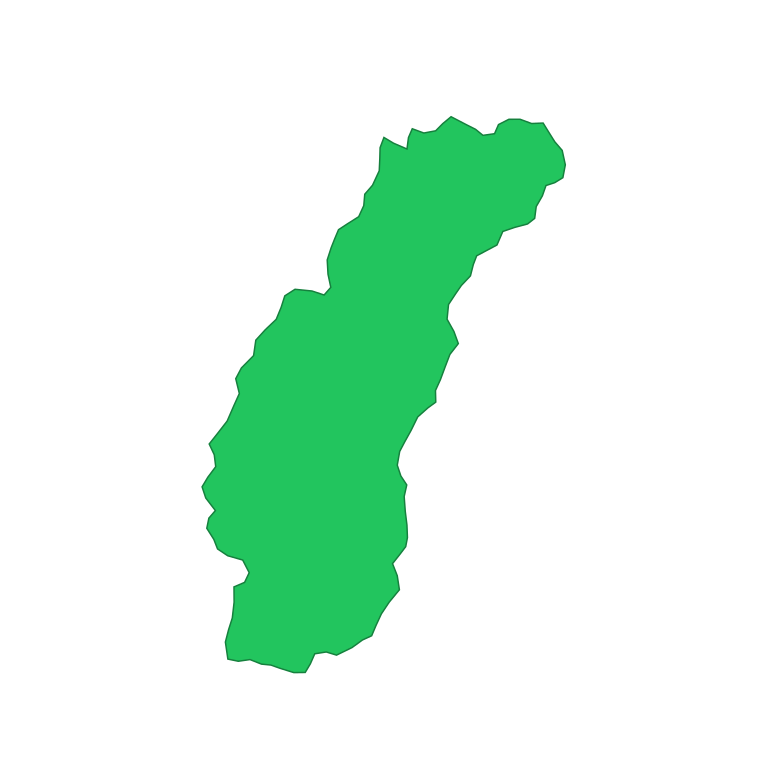 outline of Aracitaba, Minas Gerais, Brazil, rotated 152°
{"feature_id": "56859067B92579903887823", "entity_name": "Aracitaba", "entity_type": "district", "adm_level": 2, "iso_a3": "BRA", "parent_name": "Brazil", "parent_adm1": "Minas Gerais", "projection": "orthographic", "projection_center": [-43.409, -21.349], "detail": "fine", "context": "isolated", "style": "filled", "palette": "green", "viewbox_px": 768, "rotation_deg": 152, "n_neighbors": 0, "source": "geoboundaries", "source_scale": "gbopen_adm2", "svg_char_len": 1755}
<svg xmlns="http://www.w3.org/2000/svg" viewBox="0 0 768 768"><g transform="rotate(152 384 384)"><path d="M651.0,214.4L642.8,207.6L631.7,203.6L623.7,194.2L615.9,189.0L608.8,181.3L599.1,171.5L589.0,166.3L580.4,171.5L571.8,178.3L560.8,174.5L553.2,166.9L536.0,166.3L523.1,168.1L513.1,167.5L504.5,174.5L494.2,182.3L481.9,188.9L467.0,195.1L462.3,208.5L460.8,221.4L449.8,226.2L441.2,230.2L435.4,237.4L430.0,248.6L425.0,261.6L419.0,275.2L411.3,284.2L412.3,294.9L410.4,306.1L401.8,317.1L392.7,323.3L381.9,330.3L369.7,339.1L356.5,342.3L346.8,343.7L341.6,354.1L332.1,361.4L322.0,370.4L311.9,379.2L299.4,384.8L297.6,397.6L297.9,411.6L289.7,423.9L278.3,430.1L269.4,434.7L256.9,438.9L249.1,447.5L242.0,453.7L232.8,453.7L219.0,453.7L207.5,462.9L195.0,460.9L182.1,457.9L173.2,459.5L166.3,469.2L155.8,475.8L147.8,483.2L138.7,481.6L129.2,482.2L121.0,492.4L117.0,506.6L119.5,517.7L120.4,530.3L121.0,539.7L131.4,544.7L139.6,553.9L149.5,559.1L161.1,559.3L168.9,553.1L179.9,557.1L183.6,565.9L189.4,574.1L199.3,588.5L209.9,586.3L219.5,583.3L231.0,586.9L239.2,596.1L246.7,590.1L253.4,580.7L262.5,592.1L268.3,601.7L276.5,594.5L281.7,585.3L288.1,574.5L300.8,564.9L311.9,560.6L318.1,551.0L327.8,543.6L341.0,542.6L351.7,541.6L359.3,535.4L366.6,529.2L375.9,520.2L381.9,507.2L385.6,494.3L395.1,490.7L403.9,499.9L418.1,509.4L430.2,508.4L438.8,500.0L448.8,491.7L463.2,487.7L476.6,482.9L485.8,470.3L502.4,465.1L512.4,458.3L516.2,443.5L526.8,435.3L539.9,424.9L554.6,418.3L566.5,413.1L567.1,401.2L571.4,390.0L583.3,384.4L592.9,378.6L594.9,367.0L592.3,351.4L601.6,347.8L608.2,339.8L607.2,326.7L608.4,316.5L602.6,305.7L591.4,294.9L591.6,280.7L600.2,274.3L611.7,275.3L618.8,261.7L627.8,248.6L636.6,240.0L645.2,230.6L651.0,214.4Z" fill="#22c55e" stroke="#15803d" stroke-width="1.5"/></g></svg>